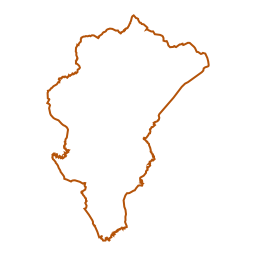 Srae Ambel, Kaôh Kong, Cambodia
{"feature_id": "14789045B17636878370616", "entity_name": "Srae Ambel", "entity_type": "district", "adm_level": 2, "iso_a3": "KHM", "parent_name": "Cambodia", "parent_adm1": "Kaôh Kong", "projection": "orthographic", "projection_center": [103.727, 11.257], "detail": "fine", "context": "isolated", "style": "outline", "palette": "amber", "viewbox_px": 256, "rotation_deg": 0, "n_neighbors": 0, "source": "geoboundaries", "source_scale": "gbopen_adm2", "svg_char_len": 5704}
<svg xmlns="http://www.w3.org/2000/svg" viewBox="0 0 256 256"><path d="M133.7,15.4L132.6,16.1L131.9,17.2L130.9,21.1L130.2,22.4L130.2,23.3L129.6,23.9L128.8,25.9L128.2,26.7L127.7,27.8L126.8,28.4L126.3,28.3L126.0,28.8L125.2,29.0L125.0,30.2L124.2,30.2L124.3,30.6L124.0,31.2L123.4,31.1L122.6,31.8L121.5,32.2L120.9,33.3L120.5,33.4L119.7,32.4L119.0,32.2L117.9,30.5L115.8,30.6L112.4,28.9L109.9,28.6L107.4,29.4L106.4,30.2L105.9,31.2L104.4,32.1L103.5,32.2L102.6,33.2L102.0,34.2L98.7,36.5L98.9,37.3L98.2,38.1L94.0,35.5L92.8,35.3L91.6,35.4L90.5,36.2L89.3,35.7L87.8,36.3L85.8,36.1L85.1,36.5L83.4,36.6L81.3,37.7L81.3,38.5L80.8,39.1L80.9,41.1L80.7,41.8L79.7,42.5L78.7,44.1L78.5,45.1L77.4,44.8L77.5,45.4L77.1,45.7L77.0,46.2L76.0,47.8L75.8,51.7L76.4,52.6L76.3,55.1L77.5,58.1L77.1,58.5L77.3,59.1L76.6,59.8L76.7,60.3L75.9,61.0L76.1,62.0L75.9,63.0L76.0,63.6L77.1,63.9L78.3,64.9L79.3,66.0L79.9,67.7L79.2,68.8L77.7,69.6L77.4,72.2L76.2,73.2L75.5,72.4L75.1,72.6L74.6,73.6L73.6,74.2L73.1,73.6L72.5,73.4L71.7,74.8L70.5,75.1L70.2,75.8L69.4,75.8L68.9,75.2L68.3,76.7L67.8,76.8L67.2,77.7L65.9,77.0L65.5,76.5L64.9,76.5L64.1,77.2L63.2,76.7L62.6,76.8L61.5,77.8L61.7,78.2L61.3,78.6L60.3,78.3L59.2,78.4L58.8,79.2L59.8,80.5L59.4,81.0L59.3,82.3L58.3,82.1L56.7,84.4L53.5,86.2L51.7,88.1L51.2,88.2L49.6,90.3L47.9,90.8L48.1,91.9L47.6,92.8L47.8,98.3L48.2,98.7L49.2,99.1L49.3,99.5L47.3,103.1L49.1,104.0L50.0,105.2L49.1,108.2L50.2,113.5L50.9,115.1L53.5,118.0L55.2,119.0L58.5,120.3L61.7,123.8L63.4,125.2L64.8,125.8L66.7,127.2L67.5,128.5L68.0,129.7L66.8,137.6L65.6,139.2L65.3,140.9L65.4,141.3L64.8,141.9L65.3,142.5L65.4,143.4L65.7,143.9L65.6,144.0L65.1,143.6L65.0,143.9L65.2,144.3L64.7,145.4L64.7,146.1L64.5,146.3L64.1,146.1L64.0,146.7L64.2,147.9L64.7,148.0L64.7,148.5L65.4,149.1L65.8,148.9L66.2,150.2L68.1,150.1L67.7,151.0L67.0,151.1L66.8,151.7L66.9,151.9L68.2,151.4L67.8,152.0L68.0,152.2L66.5,153.2L65.7,153.3L65.0,152.9L65.3,154.0L64.4,154.4L65.4,154.9L64.8,156.1L65.8,156.2L65.7,156.4L64.4,156.8L63.6,157.8L62.6,158.4L62.1,158.0L62.0,157.0L61.2,158.1L60.7,158.2L59.8,157.1L60.1,156.3L59.5,155.9L58.5,157.4L58.0,156.5L57.5,156.3L56.3,157.2L55.9,155.6L56.1,155.2L56.9,155.0L57.0,154.3L56.4,154.2L54.4,155.2L54.1,154.9L54.4,153.5L53.7,153.5L52.4,154.9L52.8,155.8L52.3,157.2L52.7,157.9L52.6,158.4L53.0,159.2L53.7,159.7L55.6,162.0L55.7,162.8L56.5,163.6L57.9,165.6L58.7,167.9L60.2,170.4L60.6,171.8L63.6,175.8L64.2,177.1L64.3,178.8L66.8,179.6L71.0,181.5L71.6,180.9L73.0,180.4L74.9,180.3L79.8,181.8L83.1,183.7L83.8,183.7L84.2,183.0L85.2,183.1L84.6,185.7L85.1,186.7L85.8,187.1L85.2,189.6L82.5,191.3L81.7,191.5L81.4,191.9L81.4,192.7L81.7,193.1L82.4,193.2L82.5,193.9L83.1,195.0L84.3,196.3L85.2,198.0L85.8,198.2L86.0,198.8L86.0,200.3L86.6,201.0L86.0,201.5L85.8,202.4L85.3,203.0L86.6,205.7L86.2,207.6L85.6,208.3L84.5,208.7L89.0,214.9L92.4,220.4L93.0,222.0L92.9,223.4L93.5,224.6L94.7,225.6L94.4,225.9L95.3,227.1L97.4,231.9L99.2,237.4L100.4,237.2L101.4,236.2L101.7,236.2L101.8,236.6L101.1,237.3L101.1,238.5L102.5,239.3L103.0,240.5L103.3,240.6L105.5,240.5L105.9,239.8L105.7,238.2L106.6,237.7L107.0,237.7L107.8,239.4L109.1,240.5L109.5,240.1L108.6,239.3L108.6,238.7L111.4,237.2L111.1,236.3L111.7,235.3L112.2,235.1L112.3,234.4L113.3,235.3L113.3,234.9L114.0,234.6L113.6,234.4L113.5,233.8L112.7,233.9L113.0,233.6L113.2,232.8L113.8,233.0L114.1,232.5L114.4,232.9L114.6,232.2L115.2,232.4L115.4,232.1L116.0,232.0L116.1,231.6L116.8,231.7L117.3,231.4L117.3,230.9L117.7,231.0L117.8,230.6L117.1,230.4L117.7,229.8L118.4,229.5L118.8,229.7L119.1,229.4L119.7,229.6L120.0,229.3L120.0,228.9L120.6,228.8L120.9,228.4L121.4,228.4L121.9,227.8L122.4,228.5L122.4,228.1L123.4,228.4L123.4,228.0L123.9,227.8L124.6,228.2L124.7,227.5L126.7,227.1L126.7,226.1L125.2,222.4L125.1,221.5L125.5,220.3L125.4,216.8L126.0,214.2L125.5,209.9L124.3,206.8L123.6,200.3L125.4,195.4L127.0,193.2L128.8,193.2L129.7,192.9L133.5,190.7L134.8,190.3L136.3,188.0L138.3,185.6L140.1,185.3L142.0,185.7L142.3,185.2L142.2,184.4L142.9,183.6L141.0,182.9L141.9,182.5L142.2,181.9L142.1,181.0L141.9,180.3L141.0,179.9L140.9,180.3L141.4,180.8L141.3,181.4L140.7,181.7L140.3,181.2L140.1,178.1L140.5,177.5L143.7,175.7L146.0,172.8L146.0,171.4L146.4,170.7L146.7,170.3L147.4,170.2L147.6,169.8L147.6,168.7L147.2,168.0L147.5,167.8L147.4,166.9L148.4,167.2L150.2,165.5L150.0,164.7L149.5,164.3L150.1,163.6L150.0,163.2L149.0,163.5L149.6,162.8L149.7,161.7L150.7,161.5L152.1,159.7L152.4,159.8L153.0,160.5L154.6,159.1L154.0,157.7L154.0,156.4L153.8,156.2L153.5,156.4L153.5,157.0L153.2,157.2L152.7,155.7L153.0,154.4L151.7,153.6L151.6,152.3L150.8,152.0L150.6,151.5L150.8,150.4L150.1,147.5L149.2,145.5L148.9,143.8L147.4,142.6L147.4,141.9L147.2,141.6L146.5,141.5L145.5,140.1L143.8,139.1L143.7,138.3L144.1,137.8L144.3,137.9L144.2,138.2L144.5,138.3L146.3,137.8L148.3,135.1L149.0,133.5L150.0,133.3L150.4,131.3L149.9,129.4L150.2,129.0L150.8,128.8L151.5,127.2L151.9,127.0L152.6,127.1L154.9,125.1L153.9,124.3L154.4,123.8L153.7,122.9L154.6,122.2L156.8,121.5L157.8,120.9L157.9,120.3L158.8,119.8L159.3,117.8L158.7,115.6L159.4,114.0L173.5,97.7L181.7,86.9L185.1,83.6L187.9,82.2L201.8,72.2L203.3,70.6L203.7,68.4L205.2,67.3L207.7,66.5L208.4,66.1L208.7,65.1L208.2,61.4L207.3,57.9L205.3,53.6L202.9,52.9L201.7,53.8L200.8,53.9L198.3,52.1L196.7,51.8L195.1,48.2L194.0,46.8L189.7,42.9L187.9,42.8L183.7,44.9L183.2,45.0L182.6,43.7L182.3,43.7L180.9,44.4L179.6,44.5L176.1,47.1L175.1,46.8L174.6,46.1L173.8,46.3L173.2,46.9L170.1,47.2L168.4,45.5L167.7,43.1L166.7,41.1L165.3,41.3L163.5,40.7L163.5,38.1L162.8,36.4L161.9,35.7L160.1,34.9L154.8,34.2L153.1,31.4L151.3,31.5L148.1,30.0L147.3,29.1L146.4,29.5L147.4,27.9L147.3,27.5L143.6,24.3L141.7,24.0L140.9,22.8L139.7,22.6L138.2,19.9L138.1,18.9L137.1,18.3L136.1,18.1L133.7,15.4Z" fill="none" stroke="#b45309" stroke-width="2"/></svg>